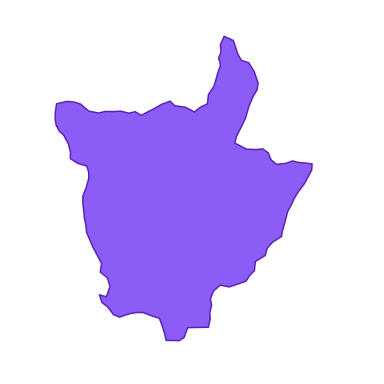 Trombudo Central, Santa Catarina, Brazil (orthographic projection), rotated 160°
{"feature_id": "56859067B84351274914005", "entity_name": "Trombudo Central", "entity_type": "district", "adm_level": 2, "iso_a3": "BRA", "parent_name": "Brazil", "parent_adm1": "Santa Catarina", "projection": "orthographic", "projection_center": [-49.814, -27.313], "detail": "fine", "context": "isolated", "style": "filled", "palette": "violet", "viewbox_px": 384, "rotation_deg": 160, "n_neighbors": 0, "source": "geoboundaries", "source_scale": "gbopen_adm2", "svg_char_len": 1643}
<svg xmlns="http://www.w3.org/2000/svg" viewBox="0 0 384 384"><g transform="rotate(160 192 192)"><path d="M289.1,321.2L293.2,313.6L295.8,307.0L296.8,300.8L295.8,294.4L293.1,289.2L291.7,279.3L292.6,271.0L294.9,265.0L289.7,258.1L282.0,252.4L282.3,245.9L284.3,240.2L290.0,232.2L295.9,225.6L298.5,218.4L300.2,211.0L302.0,204.7L302.9,197.8L304.9,190.1L304.4,182.5L304.0,174.3L302.7,165.0L301.4,155.8L305.6,148.1L300.8,140.2L301.4,131.2L308.3,122.9L314.1,126.9L314.4,118.9L310.6,113.0L307.7,103.7L303.0,99.2L297.4,99.2L290.7,98.8L284.3,97.4L278.8,95.2L272.7,89.8L265.9,84.5L265.7,75.6L266.2,68.0L267.0,61.4L261.5,59.3L255.0,56.7L249.2,58.0L242.4,66.0L222.9,59.3L218.2,66.7L216.5,72.6L212.3,78.9L211.2,85.5L205.6,91.6L197.3,94.8L189.6,90.1L180.0,89.8L171.7,89.8L166.4,93.8L160.3,96.7L156.2,105.1L144.9,107.3L140.4,113.6L133.2,117.4L123.1,119.6L120.3,124.6L115.8,130.7L108.8,140.9L101.9,147.1L97.9,151.2L91.4,156.3L83.5,161.4L76.4,167.7L72.0,171.7L69.6,177.3L75.0,180.2L81.8,183.3L86.9,186.8L94.0,186.8L103.2,189.1L106.7,195.2L107.0,202.8L110.8,208.3L117.3,210.0L126.1,213.6L135.0,223.3L131.2,229.0L124.3,235.5L116.4,243.2L108.9,253.5L101.8,261.0L96.1,265.6L92.6,271.9L92.4,283.9L94.4,293.9L100.5,298.8L101.8,305.7L101.5,312.7L101.4,320.3L108.5,327.3L115.0,320.6L116.8,313.7L121.2,308.7L121.8,301.5L127.3,294.7L130.6,290.1L135.2,283.9L143.2,278.0L147.4,269.6L155.5,268.7L162.3,266.4L169.1,273.8L178.8,279.1L181.4,284.8L190.3,284.8L197.7,283.5L213.5,281.4L217.9,286.9L224.0,287.5L231.5,292.4L239.1,294.7L245.9,297.4L252.7,298.1L261.4,303.4L266.6,312.7L271.8,316.7L278.4,319.9L289.1,321.2Z" fill="#8b5cf6" stroke="#5b21b6" stroke-width="1.5"/></g></svg>